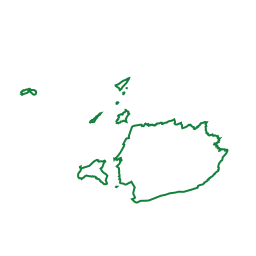 Kantang, Trang, Thailand, rotated 58°
{"feature_id": "78962969B56840813019063", "entity_name": "Kantang", "entity_type": "district", "adm_level": 2, "iso_a3": "THA", "parent_name": "Thailand", "parent_adm1": "Trang", "projection": "equal_earth", "projection_center": [99.388, 7.37], "detail": "fine", "context": "isolated", "style": "outline", "palette": "green", "viewbox_px": 256, "rotation_deg": 58, "n_neighbors": 0, "source": "geoboundaries", "source_scale": "gbopen_adm2", "svg_char_len": 5921}
<svg xmlns="http://www.w3.org/2000/svg" viewBox="0 0 256 256"><g transform="rotate(58 128 128)"><path d="M200.6,148.3L202.9,135.9L204.7,130.9L205.4,127.5L207.9,121.9L208.9,118.8L209.9,117.2L211.2,115.4L211.8,114.1L213.7,107.6L215.5,100.6L214.3,99.5L214.4,97.6L215.5,94.3L215.2,92.7L214.7,92.2L214.9,91.6L214.7,91.0L214.9,89.2L214.7,88.2L214.5,87.8L214.1,87.8L214.1,87.3L214.4,86.9L213.9,86.6L213.6,85.3L213.8,85.1L213.9,84.6L213.5,83.5L213.7,82.8L213.5,81.4L213.1,80.4L213.0,79.1L212.6,78.9L212.8,78.4L212.2,77.0L212.2,74.3L211.3,73.8L211.4,73.2L209.8,72.0L208.8,72.2L206.5,69.8L205.2,66.7L205.2,65.3L204.0,63.9L203.1,63.3L201.7,58.4L200.4,56.2L199.5,55.4L198.9,55.5L198.5,56.2L198.7,57.6L197.2,57.4L196.4,59.0L195.6,59.5L195.6,60.9L195.9,62.1L195.7,62.7L195.4,62.5L195.1,61.1L194.7,60.8L193.7,61.3L193.0,62.6L192.7,62.6L192.4,61.8L191.9,62.1L191.3,61.9L191.4,62.2L191.1,62.4L191.2,63.0L191.0,62.7L190.8,62.9L190.6,62.4L190.2,62.6L189.6,62.1L189.4,62.4L189.0,62.4L188.8,62.8L187.9,63.0L187.5,63.6L187.3,63.3L187.5,63.1L187.6,62.2L187.3,62.2L187.9,61.2L187.9,59.9L187.7,59.9L188.0,58.7L187.5,58.7L187.2,57.8L186.7,57.8L186.7,57.3L186.2,57.4L185.7,56.1L185.6,56.6L184.4,57.1L184.1,56.6L183.6,57.1L183.1,56.9L182.9,56.2L182.4,56.1L182.4,56.7L180.4,58.1L180.4,58.5L179.9,59.0L179.9,59.6L179.5,60.1L178.3,59.8L178.3,60.6L177.8,61.1L177.6,62.7L177.1,63.3L175.8,63.7L175.6,63.1L175.2,63.0L174.6,63.3L174.2,63.8L173.6,63.9L173.4,64.1L172.8,63.5L172.0,63.2L171.0,63.3L170.1,62.4L168.2,61.7L167.9,60.5L166.2,60.4L165.0,58.3L164.8,58.9L164.4,58.8L163.7,59.5L163.5,60.1L163.8,60.6L162.9,62.4L163.0,63.4L162.6,63.8L163.2,65.2L163.5,65.4L163.6,66.8L164.1,67.5L163.6,67.8L163.5,68.2L163.8,69.1L164.1,68.9L164.3,69.3L164.1,70.5L164.3,70.9L164.3,72.0L163.5,72.6L162.2,71.7L161.2,72.6L159.8,73.1L158.4,73.2L158.1,73.5L158.4,74.2L157.5,74.9L157.9,77.0L157.8,78.8L157.0,82.0L155.3,81.4L154.2,80.6L153.0,80.9L151.7,80.3L151.0,84.7L150.2,85.8L149.3,86.2L148.9,86.2L148.3,85.3L147.2,84.7L145.2,84.2L145.1,86.5L143.9,90.0L143.8,91.8L144.0,92.4L143.1,94.0L142.9,95.7L143.0,96.4L142.7,96.9L142.3,96.5L141.6,96.4L140.8,97.6L140.6,99.3L139.5,101.1L139.7,102.8L140.1,102.6L140.2,103.8L139.5,104.7L139.2,104.6L138.6,105.0L138.7,105.3L138.6,105.6L138.1,105.7L138.0,106.1L137.4,106.7L137.6,107.2L137.2,107.6L137.5,107.7L137.3,108.4L137.0,108.8L136.4,108.7L136.1,109.0L136.2,109.3L136.7,109.2L136.8,109.4L135.9,109.7L135.6,109.0L135.3,108.9L134.9,110.4L133.6,110.7L133.6,111.6L134.6,113.3L134.7,113.8L133.7,115.2L133.2,115.2L132.5,114.7L131.9,115.5L129.2,122.1L129.1,123.3L129.3,124.2L135.3,131.6L137.1,132.5L136.2,134.5L136.2,135.4L139.3,140.7L140.2,140.0L141.2,141.0L144.7,147.3L145.9,150.2L146.9,153.4L146.9,154.0L147.5,154.3L147.8,155.1L148.0,155.2L149.3,154.4L149.1,152.4L149.6,149.9L152.0,150.6L152.1,151.6L153.6,153.9L154.0,154.9L154.6,157.9L155.9,157.5L156.6,157.0L157.6,157.1L158.9,158.0L159.5,158.0L161.5,159.5L163.3,160.0L163.8,160.4L164.2,161.3L164.9,161.0L166.0,161.6L166.8,162.5L167.3,161.9L168.2,162.1L170.1,163.8L170.8,163.6L172.8,161.3L174.1,160.6L174.8,159.8L175.1,159.1L174.9,158.4L175.1,157.2L175.0,156.3L175.4,155.4L175.3,153.6L182.1,153.8L182.4,154.4L185.6,157.8L187.2,158.6L187.9,158.5L190.7,158.9L191.0,159.6L190.5,162.3L194.0,161.5L195.4,160.6L196.1,159.7L196.4,156.0L200.1,149.7L200.6,148.3ZM147.8,170.8L144.7,166.8L144.4,165.1L143.8,164.9L143.2,165.2L143.1,167.1L142.0,168.3L141.0,170.7L140.1,170.9L139.6,170.3L138.6,171.1L138.3,174.1L139.6,180.8L137.6,188.6L137.6,189.2L139.5,191.5L139.4,192.1L140.5,194.5L142.5,195.9L143.7,196.2L144.6,196.0L145.0,195.4L145.3,195.3L145.6,194.5L146.7,194.4L146.4,192.1L146.6,191.4L146.1,190.5L146.3,188.4L148.8,186.0L149.1,185.3L150.0,184.5L150.2,183.5L150.8,183.3L151.4,182.0L153.3,181.0L153.7,181.7L154.6,181.2L156.3,179.5L158.1,179.7L158.9,179.2L159.4,179.4L160.5,178.7L163.1,178.0L164.2,175.7L164.0,175.3L163.2,175.0L160.9,174.7L160.2,174.3L157.6,170.9L157.0,171.1L156.2,170.9L152.4,172.6L149.8,172.9L148.3,172.5L147.9,172.7L147.7,172.0L147.8,170.8ZM115.4,120.0L114.4,119.1L113.7,119.4L112.7,120.2L112.0,120.1L111.4,120.5L112.7,121.5L113.0,122.4L112.6,123.2L112.6,124.0L113.3,125.2L113.6,125.1L113.7,125.3L113.6,125.9L112.6,126.5L112.7,127.3L112.4,127.9L112.2,129.3L112.3,129.8L112.7,130.0L114.0,129.7L114.7,131.3L115.5,131.6L115.7,132.7L115.5,133.2L116.3,134.4L117.5,134.6L117.8,134.9L118.0,134.7L118.0,134.3L118.8,133.8L118.6,133.1L119.2,131.9L118.7,130.7L119.4,129.4L119.3,128.1L122.0,126.0L119.2,125.2L118.9,124.2L118.1,123.6L117.9,122.7L117.2,121.7L116.8,119.5L116.2,119.4L115.4,120.0ZM90.4,111.0L88.9,105.3L86.7,101.0L86.3,100.6L86.0,102.1L86.0,104.5L85.4,106.9L85.8,113.3L85.3,115.1L85.3,116.0L86.0,116.1L89.4,114.5L90.2,114.5L91.4,115.0L91.7,114.9L91.4,113.0L90.4,111.0ZM43.9,198.2L44.8,194.9L44.7,193.5L42.3,191.9L42.3,192.6L41.9,192.9L41.3,194.7L41.1,196.7L40.5,196.9L41.0,199.7L42.1,199.5L42.6,200.6L43.0,200.3L43.7,200.3L43.9,198.2ZM49.2,187.0L48.1,186.6L47.2,187.1L46.5,187.1L45.6,188.2L44.6,190.0L43.1,190.4L43.2,191.4L43.8,192.1L44.5,192.2L46.0,191.5L49.4,190.6L50.2,189.6L50.3,188.7L50.1,188.0L49.2,187.0ZM101.4,144.0L101.1,143.2L100.8,144.3L101.5,147.0L101.4,148.7L102.2,150.8L102.1,151.8L102.6,153.1L102.1,154.6L102.5,155.6L102.3,156.0L103.4,157.9L103.3,156.8L103.7,155.6L104.6,154.5L104.9,153.5L102.8,149.6L102.7,149.1L102.9,148.8L102.2,147.7L101.8,145.9L101.8,144.5L101.4,144.0ZM101.4,124.9L101.8,124.3L101.3,122.8L100.9,122.9L100.4,123.5L100.8,124.7L101.4,124.9ZM151.3,152.2L151.7,151.6L151.6,150.9L150.9,150.9L150.5,151.2L150.6,151.7L151.3,152.2ZM96.2,112.4L95.8,112.4L95.7,113.2L96.3,113.2L96.2,112.4ZM97.0,113.8L96.4,113.0L96.5,113.2L96.6,114.0L96.8,114.1L97.0,113.8ZM135.9,189.6L136.0,189.1L135.6,188.7L135.5,189.4L135.9,189.6ZM171.6,169.4L172.0,169.2L171.9,168.5L171.5,169.1L171.6,169.4ZM146.9,155.6L146.6,155.9L147.3,156.2L147.2,156.0L146.9,155.6ZM93.7,108.0L93.5,107.9L93.4,108.1L93.9,108.7L93.7,108.0Z" fill="none" stroke="#15803d" stroke-width="2"/></g></svg>